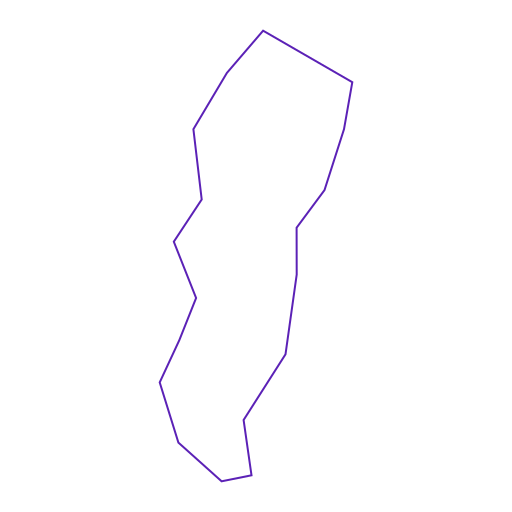 SVG path tracing the border of Manchester
{"feature_id": "GBR-5684", "entity_name": "Manchester", "entity_type": "Metropolitan Borough", "adm_level": 1, "iso_a3": "GBR", "parent_name": "United Kingdom", "parent_adm1": "", "projection": "orthographic", "projection_center": [-2.269, 53.446], "detail": "fine", "context": "isolated", "style": "outline", "palette": "violet", "viewbox_px": 512, "rotation_deg": 0, "n_neighbors": 0, "source": "natural_earth", "source_scale": "10m", "svg_char_len": 352}
<svg xmlns="http://www.w3.org/2000/svg" viewBox="0 0 512 512"><path d="M178.4,442.6L159.7,382.4L179.3,340.2L196.1,298.0L173.8,241.7L201.7,199.5L193.4,129.2L226.9,72.9L263.1,30.7L352.3,82.2L344.0,129.2L324.5,190.1L296.6,227.7L296.7,274.6L285.5,354.3L243.6,420.0L251.5,475.3L221.6,481.3L178.4,442.6Z" fill="none" stroke="#5b21b6" stroke-width="2"/></svg>